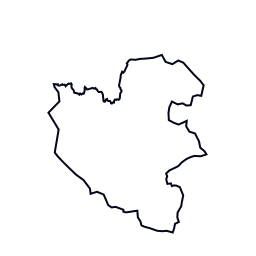 Pelathousa, Paphos, Cyprus, rotated 205°
{"feature_id": "46923920B82267121536699", "entity_name": "Pelathousa", "entity_type": "district", "adm_level": 2, "iso_a3": "CYP", "parent_name": "Cyprus", "parent_adm1": "Paphos", "projection": "equal_earth", "projection_center": [32.477, 35.029], "detail": "fine", "context": "isolated", "style": "outline", "palette": "ink", "viewbox_px": 256, "rotation_deg": 205, "n_neighbors": 0, "source": "geoboundaries", "source_scale": "gbopen_adm2", "svg_char_len": 2396}
<svg xmlns="http://www.w3.org/2000/svg" viewBox="0 0 256 256"><g transform="rotate(205 128 128)"><path d="M210.5,137.7L213.8,136.4L211.8,134.0L206.2,131.0L201.4,123.1L206.6,108.3L190.2,97.3L184.0,74.8L179.9,72.7L172.4,69.7L164.3,66.8L155.4,63.8L146.3,62.0L136.9,57.0L134.1,52.6L129.1,57.1L121.9,57.4L113.3,49.7L109.3,49.1L105.9,51.3L98.4,51.9L98.1,52.0L97.5,51.9L96.8,50.2L94.1,50.7L84.6,57.0L81.3,51.2L77.2,48.5L74.6,45.4L71.0,45.5L66.1,46.4L58.1,47.2L53.2,49.0L49.4,51.2L43.3,52.2L43.8,56.6L44.9,61.1L42.2,64.3L45.5,67.8L47.3,72.3L46.7,79.6L47.7,83.0L49.5,90.3L56.0,96.3L59.9,96.2L62.1,95.4L63.6,93.9L65.7,95.9L68.7,94.0L71.7,97.7L72.0,100.6L74.2,102.9L72.6,107.0L67.3,113.4L66.0,115.4L65.1,118.8L62.0,124.5L59.1,128.0L56.0,130.8L50.4,133.0L47.2,135.8L45.8,137.3L48.9,139.3L54.2,140.7L58.0,145.9L65.0,151.4L70.8,150.6L76.0,154.1L77.8,159.3L80.8,155.7L83.7,152.5L88.4,152.1L94.3,152.4L97.7,158.8L99.3,164.3L99.4,170.5L93.0,170.4L88.9,173.4L84.4,173.1L80.8,175.2L82.5,183.9L79.2,187.0L75.2,188.1L77.5,198.7L82.5,201.3L90.4,204.1L100.0,208.2L105.5,210.6L111.0,210.4L111.3,209.9L114.8,204.6L121.9,203.8L128.2,208.5L134.7,202.3L140.1,199.1L146.3,195.7L150.0,193.0L154.6,191.2L154.7,190.9L155.8,189.4L155.9,188.2L156.5,186.2L155.4,185.5L155.1,184.0L155.2,179.6L155.1,177.8L155.7,176.0L157.1,176.5L156.9,172.8L156.1,170.8L154.0,162.5L152.9,161.5L151.8,161.1L151.1,159.9L149.6,159.2L149.3,157.6L149.7,156.2L147.9,151.1L148.4,149.6L149.0,149.5L150.0,149.5L150.4,149.1L150.4,148.7L151.0,148.2L151.9,148.2L152.0,147.6L152.0,146.5L151.4,145.2L152.4,144.8L153.0,143.3L153.8,143.2L154.5,144.1L155.6,144.8L157.9,144.1L158.7,144.7L159.2,145.4L160.0,144.4L160.0,143.2L160.0,142.1L161.1,141.8L162.0,142.5L162.5,143.9L163.7,145.5L164.8,147.6L166.6,149.2L167.6,149.5L168.8,148.7L169.7,148.2L171.2,148.8L172.4,149.8L173.4,149.7L174.4,150.5L175.7,149.2L177.0,149.4L180.5,146.2L181.7,145.6L182.7,146.4L184.4,146.9L184.2,145.8L183.9,145.2L183.5,144.7L182.6,141.3L182.7,140.3L183.7,140.2L183.9,139.5L184.5,138.6L186.0,139.0L186.3,137.6L188.2,138.1L188.7,137.9L189.6,137.8L189.9,137.8L190.7,137.3L191.7,137.4L193.2,139.2L193.9,139.6L195.1,140.1L195.7,140.4L196.4,141.1L197.3,142.8L197.3,143.6L198.5,144.4L199.6,143.3L200.8,143.0L202.2,139.5L203.1,140.4L203.6,140.5L204.0,140.4L204.4,139.9L205.2,139.6L205.9,139.9L207.9,137.5L209.5,137.0L210.6,137.3L210.5,137.7Z" fill="none" stroke="#020617" stroke-width="2"/></g></svg>